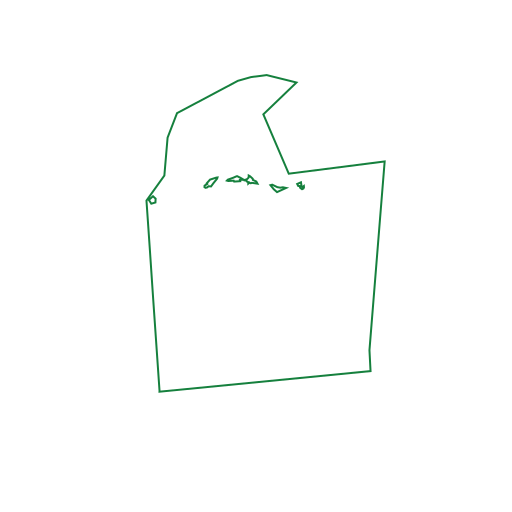 Zemam Out, Al Buhayrah, Egypt (orthographic projection), rotated 322°
{"feature_id": "37247803B42276960376835", "entity_name": "Zemam Out", "entity_type": "district", "adm_level": 2, "iso_a3": "EGY", "parent_name": "Egypt", "parent_adm1": "Al Buhayrah", "projection": "orthographic", "projection_center": [30.378, 30.239], "detail": "fine", "context": "isolated", "style": "outline", "palette": "green", "viewbox_px": 512, "rotation_deg": 322, "n_neighbors": 0, "source": "geoboundaries", "source_scale": "gbopen_adm2", "svg_char_len": 1452}
<svg xmlns="http://www.w3.org/2000/svg" viewBox="0 0 512 512"><g transform="rotate(322 256 256)"><path d="M233.3,136.2L203.8,144.9L193.8,159.7L176.1,185.9L149.1,225.7L118.9,270.4L97.0,302.8L96.4,303.5L275.4,417.2L287.4,400.1L378.7,300.8L415.6,260.7L332.5,211.3L349.0,148.9L394.7,144.2L394.4,143.8L387.6,135.1L378.5,123.5L375.8,120.0L371.0,117.2L366.3,114.4L364.9,113.5L362.1,111.9L349.6,106.8L325.8,102.6L281.7,94.8L281.4,95.0L259.2,108.3L233.3,136.2L233.3,136.2ZM266.8,167.5L273.0,169.8L274.0,170.4L273.0,171.1L267.3,172.4L263.4,173.5L261.5,171.8L259.8,171.9L258.2,171.2L257.8,170.0L258.8,168.9L261.9,169.2L261.9,168.4L266.8,167.5ZM291.8,184.6L293.3,188.4L290.2,186.1L289.6,187.3L284.6,183.9L284.8,182.9L280.4,179.9L279.5,178.7L280.8,178.5L286.2,180.3L289.7,181.2L290.3,181.5L291.8,184.6ZM319.5,218.4L321.6,220.9L311.9,218.6L311.1,214.3L311.0,209.1L312.7,209.8L315.2,214.9L317.2,217.1L319.5,218.4ZM300.4,189.5L301.0,193.1L300.4,194.1L302.1,197.5L301.7,199.9L297.8,195.8L297.0,195.6L296.4,195.2L296.1,194.1L294.5,194.2L295.4,193.0L294.7,191.9L294.9,190.9L292.9,188.6L295.6,189.8L296.7,189.9L297.5,189.8L298.6,189.6L299.8,188.1L300.4,189.5ZM212.2,149.0L209.7,151.9L205.7,150.3L206.0,147.0L206.0,146.2L206.8,145.8L211.6,145.5L212.2,149.0ZM334.9,229.0L335.1,230.3L336.8,230.3L336.1,231.4L335.0,232.0L334.2,231.9L333.4,231.7L332.8,229.5L333.4,227.7L332.4,226.8L332.8,224.6L336.8,225.6L334.9,229.0Z" fill="none" stroke="#15803d" stroke-width="2"/></g></svg>